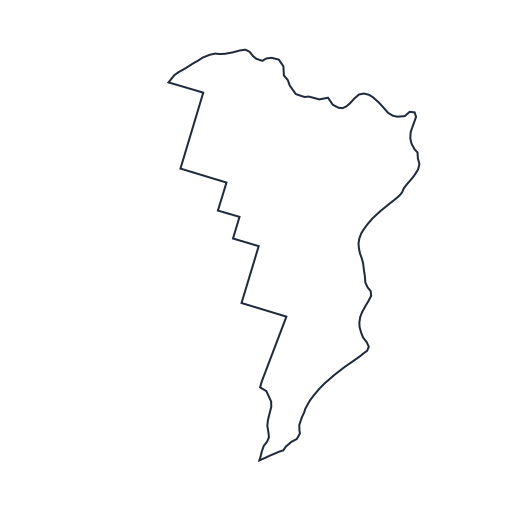 Areia Branca, Rio Grande do Norte, Brazil (orthographic projection), rotated 107°
{"feature_id": "56859067B41346782761286", "entity_name": "Areia Branca", "entity_type": "district", "adm_level": 2, "iso_a3": "BRA", "parent_name": "Brazil", "parent_adm1": "Rio Grande do Norte", "projection": "orthographic", "projection_center": [-37.037, -5.022], "detail": "fine", "context": "isolated", "style": "outline", "palette": "slate", "viewbox_px": 512, "rotation_deg": 107, "n_neighbors": 0, "source": "geoboundaries", "source_scale": "gbopen_adm2", "svg_char_len": 1950}
<svg xmlns="http://www.w3.org/2000/svg" viewBox="0 0 512 512"><g transform="rotate(107 256 256)"><path d="M450.5,193.0L445.9,187.7L442.5,184.0L439.8,180.7L436.4,176.7L433.9,173.1L429.5,171.7L423.3,167.8L419.1,163.5L413.1,162.1L409.5,163.7L404.8,165.2L397.0,165.0L391.5,164.2L387.7,164.2L382.3,163.1L377.8,162.0L372.1,159.9L364.8,156.8L358.0,153.3L346.8,146.3L335.8,138.5L328.0,132.3L320.9,126.8L317.8,124.8L314.1,122.0L309.8,121.6L306.2,124.8L302.7,129.7L298.9,132.8L293.8,136.1L289.5,137.7L283.9,138.5L278.4,138.1L274.8,137.3L270.2,136.3L266.6,135.4L260.4,134.2L256.0,136.1L253.3,140.2L249.2,143.8L243.6,145.9L237.5,148.9L231.7,151.4L227.1,154.3L223.2,157.3L218.2,160.0L213.8,161.7L208.8,162.3L203.8,162.0L199.1,160.8L193.3,158.8L186.0,155.6L180.3,152.3L176.4,150.0L171.5,146.7L166.4,143.3L163.1,140.9L159.7,138.6L156.4,136.5L152.5,134.9L147.9,134.4L143.6,132.8L139.9,131.1L134.2,128.7L130.3,127.5L125.8,126.3L120.3,126.6L115.4,129.7L109.8,131.8L107.6,135.6L103.2,140.0L98.5,142.8L92.4,144.3L85.8,144.1L81.5,143.8L76.1,143.6L72.3,146.3L73.2,151.2L78.8,154.7L81.5,161.7L81.8,166.3L80.5,171.5L76.9,177.3L73.4,183.2L69.9,190.8L68.8,195.1L69.1,200.3L71.4,204.7L76.5,207.9L82.6,210.8L86.5,213.3L89.3,216.4L90.1,220.4L88.9,226.8L83.6,233.4L87.7,241.2L88.1,252.2L89.7,255.9L89.7,260.4L89.5,265.3L85.9,270.0L82.8,273.8L78.5,277.0L75.2,282.1L66.5,285.3L61.5,291.7L61.9,298.9L64.0,303.8L67.5,307.0L67.3,313.3L65.8,317.1L62.6,321.8L61.8,326.5L64.2,331.6L68.1,337.8L71.8,345.0L73.6,350.1L74.3,354.1L77.0,358.9L81.7,364.8L86.3,368.7L90.7,372.9L97.2,378.4L102.7,383.7L107.0,387.0L115.6,390.4L115.4,376.3L115.2,354.2L194.5,353.8L194.4,305.7L198.7,305.7L223.7,305.7L223.4,283.2L246.0,283.1L245.8,256.3L305.2,256.1L305.1,209.2L374.5,213.8L380.4,213.7L382.2,206.6L390.7,199.0L395.8,197.3L404.6,196.9L410.0,196.5L415.2,195.5L420.9,192.6L425.6,190.6L430.7,191.2L435.0,193.0L440.6,193.3L445.9,193.0L450.5,193.0Z" fill="none" stroke="#1e293b" stroke-width="2"/></g></svg>